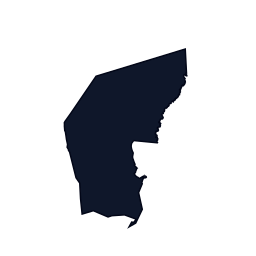 outline of Capulálpam de Méndez, Oaxaca, Mexico, rotated 302°
{"feature_id": "50627088B77206539090101", "entity_name": "Capulálpam de Méndez", "entity_type": "district", "adm_level": 2, "iso_a3": "MEX", "parent_name": "Mexico", "parent_adm1": "Oaxaca", "projection": "robinson", "projection_center": [-96.41, 17.316], "detail": "fine", "context": "isolated", "style": "filled", "palette": "ink", "viewbox_px": 256, "rotation_deg": 302, "n_neighbors": 0, "source": "geoboundaries", "source_scale": "gbopen_adm2", "svg_char_len": 4599}
<svg xmlns="http://www.w3.org/2000/svg" viewBox="0 0 256 256"><g transform="rotate(302 128 128)"><path d="M155.0,73.5L110.1,71.7L101.9,71.2L100.5,71.1L98.8,71.2L96.6,72.7L96.1,72.9L92.2,75.8L91.7,76.8L88.7,79.4L85.7,81.9L82.0,85.5L79.4,86.6L78.3,88.8L77.6,89.3L76.6,91.3L58.3,110.3L55.7,116.3L42.8,125.3L30.7,134.7L39.5,142.4L42.0,158.2L45.1,160.8L52.5,171.1L54.8,182.0L54.8,183.3L50.9,182.8L50.2,181.0L44.8,181.3L45.0,181.4L51.4,184.9L66.6,183.2L78.8,171.2L88.3,169.6L88.4,169.4L88.6,168.9L89.3,168.6L90.3,168.3L91.3,168.0L91.5,168.0L91.7,167.9L92.7,167.8L93.0,167.8L93.6,167.7L94.0,167.7L94.2,167.9L94.3,168.1L94.5,168.4L94.5,168.6L95.0,169.1L95.3,169.4L95.8,169.6L96.0,169.6L96.4,169.1L96.4,168.8L96.4,168.7L96.0,168.9L95.7,169.0L95.5,168.9L95.1,168.8L94.8,168.3L94.7,168.2L94.4,167.4L93.4,167.3L93.8,166.9L94.5,167.0L95.4,167.4L95.7,167.2L95.8,167.2L96.0,167.0L95.6,166.9L95.3,166.9L95.1,166.7L94.8,166.3L94.7,166.2L91.6,164.7L91.3,164.2L91.2,163.5L91.3,162.9L91.4,162.6L91.4,162.3L91.2,161.2L91.4,160.4L91.5,159.4L91.9,158.6L92.2,158.3L92.7,157.4L93.3,157.6L93.9,157.8L94.3,157.8L94.7,157.7L95.2,157.5L95.7,157.3L95.8,157.3L96.2,157.3L97.1,157.1L97.7,157.0L97.9,156.8L98.1,156.6L98.4,156.5L98.6,156.5L98.8,156.8L99.0,156.4L99.1,155.5L99.3,154.8L99.5,154.0L99.8,153.1L100.1,153.0L100.5,153.1L100.9,153.2L101.0,153.1L101.8,151.9L102.4,151.1L103.1,150.2L103.9,149.3L104.7,148.2L105.8,147.2L106.9,146.7L108.2,146.2L109.4,145.7L110.0,145.1L110.5,144.1L112.2,142.1L113.6,140.8L114.4,140.2L115.3,139.8L116.7,139.2L117.7,139.2L118.6,139.3L119.5,139.3L120.5,139.7L131.0,160.7L131.3,160.7L131.4,159.9L132.0,159.6L132.5,159.5L132.5,159.2L133.3,159.0L133.7,159.4L134.3,159.0L134.7,158.9L134.8,158.5L135.7,157.5L134.9,156.5L135.6,156.2L136.3,156.4L136.5,156.3L136.9,156.6L137.2,156.2L137.1,155.9L137.2,155.2L137.2,154.8L137.5,154.8L137.7,154.4L137.8,154.1L138.1,154.0L138.3,153.9L138.6,153.8L138.6,154.0L138.9,153.8L139.2,153.8L139.4,153.7L139.7,153.6L139.8,153.8L140.0,153.7L140.1,153.8L140.2,154.0L140.2,153.9L140.3,153.7L140.4,153.8L140.5,154.0L140.8,154.4L140.9,154.6L141.0,154.8L141.2,155.0L141.4,155.0L141.7,155.0L141.9,155.0L142.2,155.0L142.3,154.9L142.6,154.6L142.7,154.3L142.9,154.2L143.1,153.7L143.3,153.7L143.3,153.3L143.5,153.3L143.6,152.9L143.9,152.8L144.2,152.8L144.3,152.9L144.5,153.0L145.2,153.7L145.5,154.0L145.9,154.5L146.1,154.5L146.3,154.5L146.6,154.3L146.8,154.3L147.0,154.0L147.3,153.8L147.6,153.9L147.7,153.7L147.9,153.7L148.1,153.1L148.5,152.9L149.2,153.2L149.3,152.9L149.3,152.3L149.3,151.7L149.0,151.2L149.6,150.9L150.1,151.4L151.6,151.0L151.9,151.1L152.4,150.9L152.9,150.9L153.2,151.3L153.7,151.6L153.6,152.1L154.5,152.5L155.0,152.2L155.4,152.3L156.0,151.5L156.5,150.7L157.0,149.5L157.9,149.6L159.0,150.2L159.7,149.4L160.4,149.7L160.7,149.8L161.0,150.0L161.9,149.9L162.3,149.4L162.9,149.4L163.5,148.8L164.1,148.9L164.7,149.1L164.9,149.4L165.1,149.9L165.6,149.9L165.8,150.2L166.5,150.3L166.8,150.2L167.3,150.2L167.5,150.5L168.0,150.8L168.3,150.8L168.4,150.6L168.8,150.8L169.1,150.4L169.4,150.4L169.9,150.2L170.3,150.4L170.5,150.3L170.8,150.4L171.1,150.7L171.3,151.1L171.5,151.3L171.9,151.4L172.1,151.2L172.3,151.1L172.5,150.9L172.9,150.9L173.2,151.1L173.3,151.1L173.5,151.4L173.9,151.5L174.0,151.5L174.2,151.9L174.3,151.8L174.3,152.3L174.6,152.1L174.8,152.0L175.0,152.3L175.2,152.2L175.3,152.2L175.4,152.3L175.7,152.2L175.9,152.6L176.1,152.8L176.3,152.7L176.6,152.8L176.8,152.8L176.9,153.0L177.2,152.9L177.4,153.0L177.6,152.9L177.7,152.6L178.0,152.8L178.1,152.6L178.6,152.7L178.6,153.1L178.8,153.3L179.2,153.5L179.6,153.4L179.9,153.5L180.1,153.7L180.6,153.8L180.9,153.9L181.2,153.7L181.5,153.6L181.7,153.8L182.3,153.7L182.8,153.7L183.1,153.4L183.4,153.6L183.6,153.9L183.9,153.7L184.2,153.5L184.3,153.6L184.5,153.4L184.6,153.5L184.8,153.4L185.1,153.3L185.3,153.3L185.5,153.2L185.8,153.3L185.9,152.9L186.2,152.9L186.8,152.8L187.0,152.9L187.4,152.6L187.6,152.1L187.5,151.8L187.6,151.6L187.9,151.4L188.3,151.7L188.7,152.1L189.1,151.9L189.3,151.6L189.6,151.7L189.8,151.9L190.1,151.9L190.4,151.6L190.7,151.7L191.0,151.7L191.5,151.7L191.8,151.7L192.2,151.7L192.3,151.4L192.5,151.5L192.7,151.3L193.0,151.5L193.5,151.7L193.6,152.1L193.5,152.5L194.1,152.4L194.6,152.4L194.7,152.8L194.9,152.8L195.1,152.5L196.2,152.6L196.6,152.1L197.3,152.3L197.7,152.0L198.4,151.3L198.8,150.5L199.6,150.1L200.1,150.2L200.9,148.2L201.9,147.5L202.3,147.4L203.2,147.4L203.4,148.1L203.2,148.6L203.1,149.4L203.2,149.9L203.4,150.2L203.9,149.9L204.3,149.0L204.5,148.4L204.7,148.2L205.0,147.9L205.4,147.8L205.6,148.0L205.7,148.4L225.3,134.7L155.0,73.5Z" fill="#0f172a" stroke="#020617" stroke-width="1.5"/></g></svg>